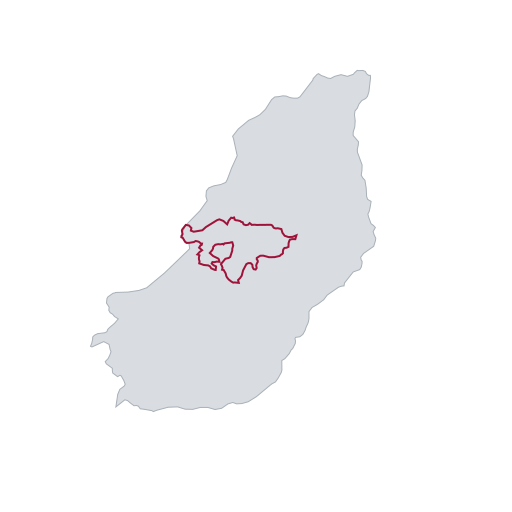 where Pest sits in Hungary, rotated 319°
{"feature_id": "HUN-3164", "entity_name": "Pest", "entity_type": "County", "adm_level": 1, "iso_a3": "HUN", "parent_name": "Hungary", "parent_adm1": "", "projection": "natural_earth1", "projection_center": [19.256, 47.5], "detail": "fine", "context": "in_parent", "style": "outline", "palette": "rose", "viewbox_px": 512, "rotation_deg": 319, "n_neighbors": 0, "source": "natural_earth", "source_scale": "10m", "svg_char_len": 4754}
<svg xmlns="http://www.w3.org/2000/svg" viewBox="0 0 512 512"><g transform="rotate(319 256 256)"><path d="M415.5,159.6L421.2,159.0L421.5,159.1L422.8,159.4L423.8,163.0L424.0,163.2L425.4,165.6L426.8,168.7L428.8,171.0L433.2,172.0L439.1,174.9L442.9,180.4L448.6,182.7L449.0,182.7L450.1,182.4L454.2,182.3L455.0,183.4L458.3,186.0L459.6,188.4L459.0,190.9L459.6,193.7L460.8,194.7L459.4,196.6L449.0,206.1L444.9,208.6L442.1,209.1L437.8,208.1L433.4,208.9L429.4,210.9L425.8,211.5L423.0,214.0L419.5,219.1L415.1,223.5L410.7,226.2L408.4,228.7L408.3,237.1L405.8,239.5L402.5,241.9L400.7,244.1L395.8,256.9L392.0,261.0L388.4,264.1L387.8,267.0L387.9,270.3L383.8,276.9L378.5,283.7L377.4,286.5L378.7,290.3L373.5,294.6L370.5,296.7L368.0,297.7L366.5,300.5L364.0,307.1L364.7,310.1L364.8,312.8L360.4,314.4L359.1,317.4L358.0,321.2L356.2,322.8L351.2,325.9L338.9,324.6L334.2,325.6L332.8,327.9L332.6,329.6L331.0,331.3L328.2,333.4L325.4,334.3L318.9,331.8L305.1,334.4L302.8,336.3L300.8,334.9L297.9,333.7L284.0,332.2L278.6,333.4L271.3,332.9L264.5,331.6L259.5,332.7L255.0,337.9L252.8,339.7L251.1,340.8L247.3,342.5L244.1,344.4L239.9,345.9L236.1,345.7L232.5,343.4L231.2,343.9L230.1,346.0L228.2,347.8L222.8,350.0L221.4,349.9L221.1,349.9L217.0,351.5L210.3,352.4L206.9,351.8L200.7,359.1L198.8,360.4L192.9,362.6L188.1,363.8L184.0,362.9L182.3,362.8L164.0,362.4L154.5,360.9L148.4,358.0L144.3,354.8L142.4,351.3L137.7,349.2L130.2,348.4L124.4,345.0L120.3,338.7L114.7,333.8L107.6,330.2L102.0,325.1L97.9,318.5L90.5,312.5L79.7,307.2L76.5,306.1L75.9,304.3L70.6,297.8L68.4,295.4L68.7,292.1L67.6,290.3L65.7,289.0L64.7,284.3L64.2,280.8L62.7,278.5L51.2,278.0L60.9,269.7L65.8,267.3L71.3,267.7L73.1,267.0L73.6,265.8L74.6,263.1L75.1,260.5L75.6,258.1L75.0,256.7L72.4,256.3L71.1,250.3L72.5,248.1L73.9,246.5L72.3,239.2L72.9,236.8L77.2,236.4L80.8,234.8L83.8,233.1L84.6,230.8L87.1,226.3L84.9,220.7L72.5,217.0L71.8,215.6L74.8,214.1L77.9,211.8L79.7,210.0L82.1,209.8L85.5,210.7L91.5,214.7L93.8,215.3L96.1,214.1L98.5,213.9L105.1,214.0L110.8,213.1L109.5,208.8L109.6,205.7L108.7,203.2L109.3,200.4L111.6,198.3L112.3,193.4L115.8,190.2L117.5,189.7L123.7,190.3L125.1,191.2L126.1,191.4L135.8,199.3L145.1,205.2L152.7,208.3L163.9,208.5L175.8,208.8L195.8,207.8L210.7,207.0L211.7,205.5L214.0,201.9L212.2,198.9L212.3,195.3L214.8,190.6L222.2,186.8L243.3,185.1L255.5,182.2L257.3,178.2L261.3,174.3L265.0,173.6L270.0,175.3L276.1,178.8L281.4,180.6L284.6,179.4L295.3,173.6L307.6,168.0L316.0,152.7L316.9,150.3L326.0,148.5L339.5,148.8L346.3,150.8L351.5,151.9L359.3,151.5L370.4,148.2L374.5,148.3L377.8,150.7L381.3,152.7L383.7,155.1L385.5,158.6L386.5,159.9L388.1,161.7L390.9,164.1L393.7,164.7L414.3,160.5L415.5,159.6Z" fill="#d9dde1" stroke="#a8b0b8" stroke-width="1"/><path d="M216.2,203.5L216.3,203.5L214.0,202.1L212.2,200.6L211.8,199.1L212.0,197.5L212.6,194.4L212.4,193.5L212.0,193.2L211.9,192.9L212.7,192.1L213.2,191.8L214.4,191.6L215.0,191.2L216.6,188.3L217.7,187.6L223.4,186.5L225.4,188.9L225.6,192.5L223.5,194.1L224.9,196.8L232.4,201.4L237.2,201.3L250.1,203.4L252.4,204.3L254.4,208.2L255.0,213.2L258.6,211.4L262.4,210.8L263.2,212.0L264.0,212.3L264.7,212.5L264.4,213.5L263.7,214.5L264.3,215.9L265.4,217.0L267.1,219.4L267.2,220.7L268.1,221.7L267.4,224.0L268.6,226.1L270.5,227.2L272.8,227.0L273.1,228.4L273.1,229.6L275.6,231.6L276.8,232.9L287.7,242.2L288.2,243.3L288.2,244.7L287.9,245.8L288.1,246.9L289.1,248.3L290.6,249.3L292.8,252.3L291.2,255.8L290.9,259.5L292.9,263.0L296.2,265.6L300.1,266.9L296.7,269.1L294.4,267.0L292.4,265.9L290.7,266.6L289.0,267.7L286.5,270.4L284.5,269.8L282.7,268.6L280.8,269.0L279.1,270.4L278.1,271.6L276.9,271.7L275.8,271.4L273.9,271.5L269.2,269.0L266.4,266.6L265.0,265.4L261.7,260.5L259.4,258.6L255.3,258.0L254.4,259.0L254.3,260.5L253.5,261.6L251.7,262.2L250.0,263.2L248.6,265.5L246.8,266.0L245.6,264.4L246.1,262.2L247.5,260.2L247.3,257.9L245.5,256.3L243.4,255.8L236.8,258.4L232.3,261.5L229.5,262.2L226.7,262.4L225.4,265.0L222.4,261.8L221.4,261.2L221.1,260.6L220.6,259.0L220.0,256.0L220.0,254.5L220.1,252.9L220.5,251.5L221.7,249.2L222.4,245.4L221.4,244.1L223.0,243.0L223.8,241.0L224.2,239.1L231.1,238.0L234.2,239.6L235.9,239.8L241.7,236.3L242.8,235.0L245.7,233.1L247.1,230.1L246.2,229.3L245.0,228.9L240.5,225.8L239.1,226.0L238.9,225.1L236.7,223.8L235.3,222.3L232.7,220.8L229.8,221.0L228.4,222.2L226.8,222.9L223.1,223.4L223.6,227.9L225.8,233.1L225.8,234.1L224.6,236.4L222.8,234.5L220.8,233.5L219.1,232.0L217.6,232.6L217.9,235.2L219.0,237.7L216.4,240.1L215.7,239.3L214.1,235.9L214.5,233.7L213.8,231.8L210.7,228.5L208.3,224.3L209.9,223.0L210.8,221.0L212.1,219.5L213.8,218.4L213.4,217.3L212.8,216.4L216.0,216.0L219.1,216.3L218.5,212.4L220.9,211.6L222.3,212.0L223.4,211.2L222.6,210.5L222.3,208.2L221.7,206.9L220.3,205.1L218.2,204.7L216.4,203.6L216.2,203.5Z" fill="none" stroke="#9f1239" stroke-width="2"/></g></svg>